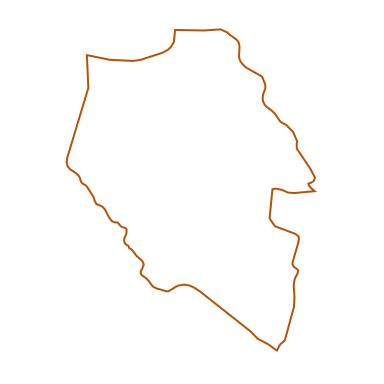 SVG path tracing the border of Maysan, rotated 177°
{"feature_id": "IRQ-3226", "entity_name": "Maysan", "entity_type": "Province", "adm_level": 1, "iso_a3": "IRQ", "parent_name": "Iraq", "parent_adm1": "", "projection": "robinson", "projection_center": [47.004, 31.976], "detail": "fine", "context": "isolated", "style": "outline", "palette": "amber", "viewbox_px": 384, "rotation_deg": 177, "n_neighbors": 0, "source": "natural_earth", "source_scale": "10m", "svg_char_len": 2001}
<svg xmlns="http://www.w3.org/2000/svg" viewBox="0 0 384 384"><g transform="rotate(177 192 192)"><path d="M115.5,29.3L116.1,29.6L123.5,35.7L134.1,42.1L140.8,49.7L189.4,92.4L194.6,96.2L199.5,98.8L204.6,99.9L210.3,99.3L213.2,98.2L220.6,94.1L222.8,94.2L232.0,97.4L235.5,99.2L237.5,101.6L239.3,104.6L242.1,108.1L246.4,111.4L247.3,112.8L247.5,115.0L246.9,116.3L246.0,117.4L244.6,120.9L244.0,121.7L244.0,122.6L245.0,125.2L245.8,126.3L250.6,131.0L251.4,132.0L252.0,133.1L254.8,137.1L255.9,138.2L257.5,139.0L258.3,141.4L261.5,143.8L262.3,146.3L262.1,149.0L261.2,150.9L260.3,152.6L259.6,154.6L259.3,157.3L259.5,158.8L260.6,159.7L263.1,160.4L265.2,161.8L266.5,163.7L267.9,165.4L270.4,165.7L273.5,167.0L273.9,167.5L276.2,171.0L280.0,179.4L282.4,182.2L288.1,185.0L289.7,188.4L289.7,188.5L290.5,191.9L296.3,202.3L297.4,203.9L300.3,205.8L301.6,207.0L302.5,208.7L303.3,212.1L303.9,213.5L306.5,216.5L312.9,221.3L315.1,224.8L315.6,228.9L314.6,233.2L290.1,301.3L289.8,334.2L289.7,334.2L267.2,328.3L244.0,326.0L236.7,326.6L214.2,332.6L208.6,335.3L205.3,338.1L202.2,342.9L200.4,354.7L172.0,352.7L154.9,352.9L148.6,349.6L146.3,347.3L139.3,341.6L138.2,340.1L137.6,338.7L137.2,337.1L137.0,335.3L137.1,333.3L137.8,326.4L137.9,324.3L137.7,322.6L137.2,320.9L136.2,318.9L134.1,316.1L132.3,314.2L130.3,312.7L115.9,303.5L113.3,295.6L113.2,293.8L113.4,291.3L115.1,287.8L116.0,285.4L116.6,281.6L116.2,278.6L115.0,275.5L113.3,273.4L108.1,269.0L105.4,266.3L100.4,258.0L99.4,257.0L94.4,254.0L88.0,246.8L84.3,237.1L84.9,234.5L85.1,229.9L72.6,209.0L68.4,199.8L70.0,196.6L72.7,195.0L75.3,194.3L75.1,192.7L73.1,190.0L69.5,186.4L89.7,185.6L96.1,186.4L102.0,189.4L108.1,191.0L111.5,190.6L115.9,161.7L113.9,158.1L110.8,153.4L91.1,144.8L88.1,142.3L87.6,139.4L88.5,136.0L95.3,116.3L95.5,114.7L94.9,113.1L94.2,112.0L91.5,109.8L90.1,108.3L90.3,106.6L91.3,104.4L93.5,100.8L94.0,99.6L94.6,96.9L95.1,94.9L95.3,92.9L95.2,81.2L96.2,71.9L106.7,40.0L107.9,38.1L111.5,35.6L113.0,33.7L115.5,29.3Z" fill="none" stroke="#b45309" stroke-width="2"/></g></svg>